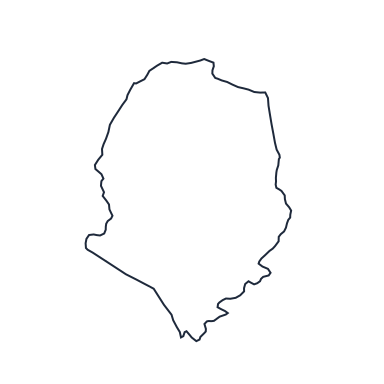 the district of Örnsköldsvik, Västernorrland, Sweden, rotated 233°
{"feature_id": "70781695B95877755672969", "entity_name": "Örnsköldsvik", "entity_type": "district", "adm_level": 2, "iso_a3": "SWE", "parent_name": "Sweden", "parent_adm1": "Västernorrland", "projection": "albers", "projection_center": [18.104, 63.556], "detail": "fine", "context": "isolated", "style": "outline", "palette": "slate", "viewbox_px": 384, "rotation_deg": 233, "n_neighbors": 0, "source": "geoboundaries", "source_scale": "gbopen_adm2", "svg_char_len": 2156}
<svg xmlns="http://www.w3.org/2000/svg" viewBox="0 0 384 384"><g transform="rotate(233 192 192)"><path d="M82.5,95.7L82.1,98.3L84.5,101.8L84.1,103.8L79.3,104.1L76.0,104.2L70.3,105.7L69.6,109.2L71.2,111.5L71.9,116.8L72.3,119.0L74.3,120.7L79.1,122.5L79.7,126.0L79.1,127.4L77.0,130.0L75.9,132.0L75.8,139.1L73.8,145.3L73.8,147.7L77.1,146.7L81.0,144.7L84.6,143.1L86.9,145.4L87.3,147.4L87.2,151.4L86.5,155.0L83.7,158.3L81.2,163.2L80.5,168.3L81.3,173.8L83.9,175.7L86.5,179.1L86.7,183.4L84.3,184.4L80.9,186.0L79.9,189.1L79.8,192.6L81.1,194.9L81.4,197.8L79.2,203.0L80.2,206.1L84.9,206.4L90.1,203.4L94.7,202.1L96.0,203.9L97.1,207.4L97.6,212.7L98.3,218.4L98.2,222.4L98.8,225.7L100.5,231.5L104.0,234.3L104.9,237.5L105.1,241.8L107.0,245.6L109.8,249.0L111.8,252.1L112.5,255.0L114.8,256.9L117.5,260.0L121.3,260.4L126.2,260.1L130.4,261.9L133.5,264.0L139.0,264.1L141.6,263.2L144.6,261.9L147.6,263.3L149.8,265.4L152.8,267.5L156.9,271.2L158.6,273.0L161.3,276.9L166.0,281.2L166.6,282.8L167.3,283.2L169.1,284.2L174.9,285.1L181.4,287.9L189.5,292.0L198.2,296.3L207.6,301.2L214.8,305.0L221.3,309.2L227.4,310.4L230.4,306.2L234.4,301.9L239.7,298.8L243.6,295.7L248.1,291.9L253.5,288.9L258.7,286.3L263.2,282.9L267.0,280.7L269.1,279.2L274.3,279.5L276.9,281.6L279.3,285.1L282.4,287.0L286.0,284.7L290.9,281.7L292.0,277.8L295.6,269.0L298.2,264.2L300.8,261.4L304.6,258.1L308.4,253.7L309.6,249.5L313.2,246.0L313.9,240.3L314.4,230.9L312.5,226.8L310.7,221.9L311.6,216.9L312.3,212.7L313.8,211.2L310.9,204.4L308.2,198.8L305.5,195.5L303.5,188.8L300.5,180.6L298.3,174.4L295.1,166.9L290.2,161.3L286.3,155.4L283.4,150.2L280.5,146.0L275.7,142.8L274.2,136.6L272.0,130.7L268.5,128.7L264.0,129.7L260.7,130.4L256.0,129.3L255.2,126.2L253.6,124.7L251.7,123.0L244.8,121.6L242.6,118.3L236.8,118.4L232.0,118.2L227.8,115.6L224.5,114.9L220.9,114.2L219.5,111.4L219.5,107.2L218.3,104.4L216.2,102.3L213.8,100.4L211.7,96.9L212.6,92.4L214.9,90.0L217.3,87.9L219.6,83.9L218.1,79.5L215.1,76.2L211.1,73.6L208.7,73.9L203.4,76.2L181.1,84.3L166.1,89.7L155.3,95.0L147.2,98.8L142.8,100.9L137.8,103.2L118.8,101.7L106.3,101.8L100.9,99.8L93.4,98.6L87.5,98.0L82.5,95.7Z" fill="none" stroke="#1e293b" stroke-width="2"/></g></svg>